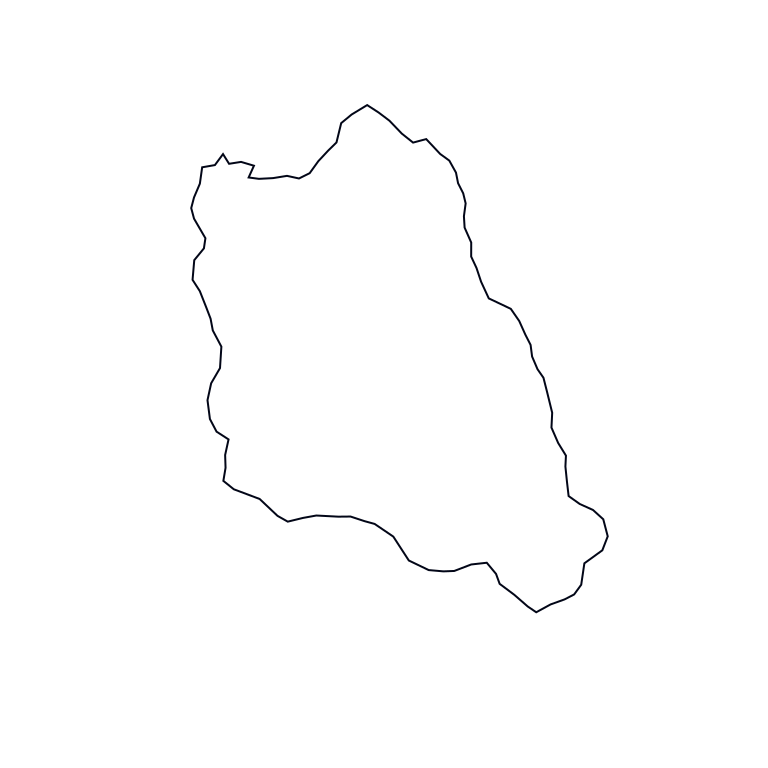 outline of São João do Pau d'Alho, São Paulo, Brazil, rotated 323°
{"feature_id": "56859067B53554548592147", "entity_name": "São João do Pau d'Alho", "entity_type": "district", "adm_level": 2, "iso_a3": "BRA", "parent_name": "Brazil", "parent_adm1": "São Paulo", "projection": "albers", "projection_center": [-51.671, -21.228], "detail": "fine", "context": "isolated", "style": "outline", "palette": "ink", "viewbox_px": 768, "rotation_deg": 323, "n_neighbors": 0, "source": "geoboundaries", "source_scale": "gbopen_adm2", "svg_char_len": 1438}
<svg xmlns="http://www.w3.org/2000/svg" viewBox="0 0 768 768"><g transform="rotate(323 384 384)"><path d="M369.2,101.5L357.5,113.2L344.5,120.7L335.9,127.5L331.8,137.6L329.1,160.1L321.8,167.3L307.0,170.9L293.8,185.6L292.8,199.0L288.1,216.0L284.8,227.5L279.5,238.2L276.6,256.3L262.6,272.6L246.4,279.4L233.3,290.7L223.9,307.2L221.6,321.3L226.5,334.7L214.4,345.1L207.0,355.6L197.4,364.7L200.7,377.7L215.5,401.0L219.6,425.2L224.3,436.0L238.7,442.2L250.8,448.3L267.6,462.4L277.5,469.7L285.9,481.8L292.3,490.1L299.6,511.5L297.6,539.9L307.7,559.5L318.7,569.4L327.6,575.6L345.0,580.6L358.5,588.6L359.2,603.1L356.1,613.2L361.2,630.8L364.9,648.2L368.2,657.9L384.4,660.3L398.6,664.7L409.2,666.5L420.7,663.0L436.1,647.8L458.3,648.2L471.0,640.3L477.7,624.0L475.1,610.4L468.1,597.6L464.0,584.6L471.4,572.0L479.2,559.1L486.2,550.7L487.6,535.9L491.5,519.6L501.0,508.2L509.4,488.6L515.1,475.0L515.5,464.6L518.8,451.2L524.6,441.0L526.6,429.6L529.9,415.1L530.5,400.3L519.2,378.7L523.1,360.7L527.7,347.0L530.3,334.7L538.8,323.5L542.5,307.6L548.8,298.1L557.9,288.9L562.0,279.4L564.0,268.2L568.7,258.5L570.6,244.9L567.3,234.1L565.1,213.8L552.5,208.7L548.9,194.7L546.8,177.0L543.1,164.0L538.4,151.1L520.3,149.3L506.8,149.9L491.4,162.5L479.9,164.0L465.7,166.5L451.5,170.9L439.8,168.7L431.8,159.4L419.3,152.8L407.6,144.9L400.2,137.6L411.5,131.4L403.5,120.6L392.8,114.9L393.8,103.5L380.7,107.4L369.2,101.5Z" fill="none" stroke="#020617" stroke-width="2"/></g></svg>